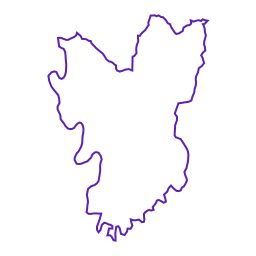 the district of Assaí, Paraná, Brazil
{"feature_id": "56859067B40510282315364", "entity_name": "Assaí", "entity_type": "district", "adm_level": 2, "iso_a3": "BRA", "parent_name": "Brazil", "parent_adm1": "Paraná", "projection": "equal_earth", "projection_center": [-50.881, -23.418], "detail": "fine", "context": "isolated", "style": "outline", "palette": "violet", "viewbox_px": 256, "rotation_deg": 0, "n_neighbors": 0, "source": "geoboundaries", "source_scale": "gbopen_adm2", "svg_char_len": 3213}
<svg xmlns="http://www.w3.org/2000/svg" viewBox="0 0 256 256"><path d="M202.6,19.3L201.1,21.0L198.7,20.2L195.6,20.9L193.2,21.6L190.8,20.4L191.2,23.5L189.6,25.1L186.9,25.5L183.6,27.6L182.7,31.0L179.1,33.3L176.4,34.0L174.8,32.7L172.9,29.7L171.6,27.9L169.9,24.1L167.9,23.3L165.8,20.1L163.1,17.3L160.9,16.9L158.6,15.4L156.6,16.2L154.9,15.4L150.6,15.6L149.6,18.9L148.3,22.6L148.7,25.0L147.1,27.2L145.2,30.1L143.1,32.0L141.5,33.5L139.9,35.8L137.9,35.7L138.0,38.6L138.3,41.2L136.7,45.5L136.2,48.8L136.5,53.1L134.4,55.9L132.6,56.6L132.3,70.5L128.8,69.1L125.8,69.5L123.1,70.5L119.7,71.6L117.1,70.5L116.0,68.6L116.0,65.4L114.4,64.4L112.7,62.8L110.8,61.7L109.0,61.4L106.2,59.1L104.7,56.4L102.8,53.6L100.6,51.9L98.9,50.5L96.0,48.0L94.2,46.0L91.5,43.3L90.7,41.0L88.7,40.8L86.4,39.3L84.3,39.0L82.0,38.9L80.6,35.9L78.9,34.5L77.0,32.8L76.2,35.3L74.4,36.9L69.9,38.9L68.0,39.9L65.9,39.8L61.1,37.9L58.0,37.9L59.1,46.5L61.7,48.1L63.6,48.8L65.1,51.8L65.5,54.9L65.7,58.5L66.3,64.8L65.9,72.1L65.0,75.4L63.6,77.7L61.6,78.9L59.3,77.8L56.3,72.0L54.2,71.4L51.5,72.3L48.4,75.8L49.1,80.4L50.1,83.3L51.5,86.7L54.0,90.0L58.2,95.1L59.2,99.1L59.5,103.0L57.6,106.4L57.6,109.4L60.3,115.0L60.7,119.3L64.1,123.7L65.4,125.9L67.7,128.4L69.7,129.0L71.9,129.0L74.0,128.0L75.7,125.5L77.4,123.7L79.5,122.5L81.2,123.0L82.8,125.5L83.5,128.7L83.3,132.6L82.5,136.7L82.2,143.2L81.0,147.1L78.4,151.6L77.0,153.0L75.9,155.0L74.8,157.5L74.6,159.9L76.7,163.7L78.9,164.1L81.3,163.7L84.7,162.3L87.4,161.3L91.0,157.7L92.6,154.2L94.9,152.4L96.7,152.2L98.6,152.8L100.7,155.9L101.7,159.3L100.6,162.8L100.1,165.6L100.2,170.4L99.6,174.8L98.6,180.8L97.0,183.3L94.5,185.1L91.2,186.2L88.0,189.1L86.9,194.9L87.7,199.4L88.0,201.9L87.4,205.5L87.1,209.3L86.6,212.3L88.5,213.8L90.3,213.9L94.4,213.4L96.3,213.4L98.2,213.6L101.2,213.6L99.9,218.7L98.3,223.1L97.0,226.6L97.0,229.7L98.5,232.3L100.3,230.4L101.9,224.9L104.3,222.7L106.9,223.5L108.7,224.5L110.6,224.8L112.4,226.1L112.4,228.5L109.0,228.5L108.3,232.0L107.5,235.3L109.9,235.3L111.6,236.6L113.5,240.2L115.5,240.6L115.5,236.7L115.3,234.0L115.7,230.2L116.3,226.7L118.3,226.3L119.7,228.2L121.0,233.9L124.6,235.0L127.0,231.6L127.6,228.6L130.6,228.8L132.4,225.6L131.4,222.8L130.8,219.4L133.0,220.1L135.0,220.4L136.8,220.0L139.2,219.7L141.7,222.1L143.8,221.9L144.4,219.7L144.1,217.4L143.9,214.0L145.2,212.3L147.2,210.8L149.1,209.9L151.1,210.5L153.6,209.9L152.7,207.0L154.3,205.2L156.0,202.9L156.9,200.5L158.8,200.0L161.3,201.2L163.6,202.7L165.9,201.6L165.2,198.1L164.0,194.6L167.1,191.8L168.8,187.9L171.0,185.6L173.5,188.3L175.0,189.6L176.6,190.9L178.8,191.1L180.8,190.3L181.8,187.7L183.8,186.4L185.4,184.0L187.0,180.2L186.3,177.6L185.3,175.4L184.4,171.9L186.4,168.3L187.3,164.2L188.0,161.3L188.4,155.0L188.0,151.8L187.1,149.3L184.0,144.1L180.8,139.2L175.8,137.2L174.6,135.4L175.2,125.1L176.9,120.3L177.0,116.8L174.8,113.5L178.4,103.4L188.9,101.7L191.4,100.4L192.5,96.5L194.2,92.7L194.6,89.2L195.9,84.9L196.0,81.8L195.7,78.7L196.1,76.4L198.0,72.3L198.8,68.2L202.0,65.9L204.1,63.1L203.4,60.7L202.6,57.9L201.2,55.3L202.9,52.6L205.3,50.6L204.8,46.7L204.1,44.5L204.2,41.7L205.1,38.5L205.9,35.5L205.0,32.4L204.7,29.0L204.0,26.3L202.9,24.2L204.8,23.7L207.6,20.7L204.8,20.2L202.6,19.3Z" fill="none" stroke="#5b21b6" stroke-width="2"/></svg>